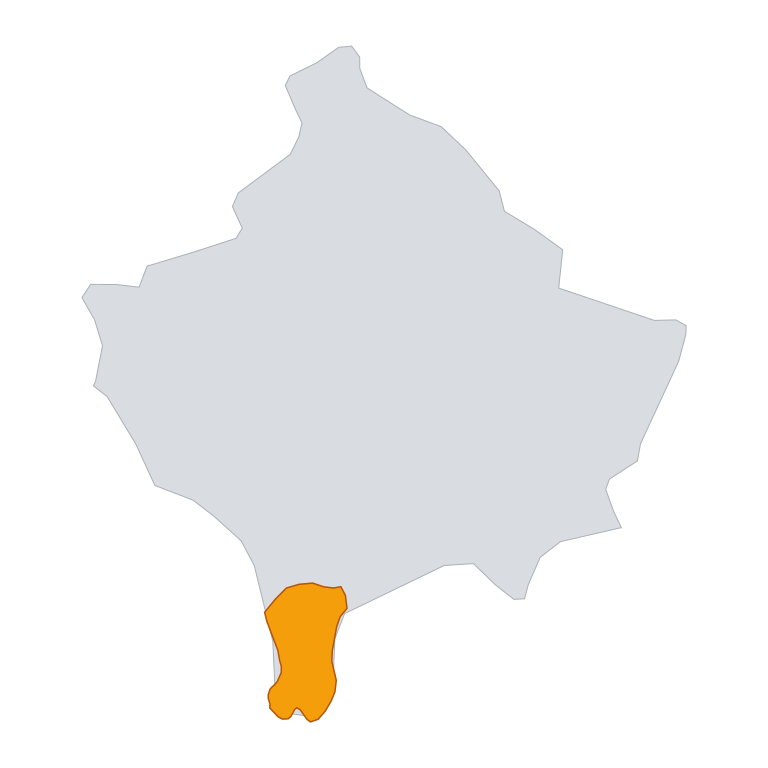 location of Dragaš within Kosovo
{"feature_id": "KOS-5909", "entity_name": "Dragaš", "entity_type": "District", "adm_level": 1, "iso_a3": "XKX", "parent_name": "Kosovo", "parent_adm1": "", "projection": "albers", "projection_center": [20.657, 41.99], "detail": "fine", "context": "in_parent", "style": "filled", "palette": "amber", "viewbox_px": 768, "rotation_deg": 0, "n_neighbors": 0, "source": "natural_earth", "source_scale": "10m", "svg_char_len": 1584}
<svg xmlns="http://www.w3.org/2000/svg" viewBox="0 0 768 768"><path d="M192.4,252.5L236.0,238.3L242.3,228.2L232.4,206.5L238.3,192.9L290.3,154.3L298.8,136.8L302.0,123.0L295.0,108.4L285.3,85.5L290.0,75.9L316.9,62.7L338.7,47.3L351.6,46.1L359.7,57.1L359.8,68.5L367.0,87.8L383.1,98.2L409.9,115.1L441.1,126.6L465.6,149.7L499.2,190.9L504.4,211.3L534.6,229.5L562.7,249.8L558.7,288.1L654.3,320.4L675.8,319.9L686.1,325.6L685.9,334.3L678.7,361.2L640.5,443.8L637.4,460.9L609.5,479.0L605.7,489.4L613.9,512.0L621.4,527.8L620.9,527.7L560.5,541.6L540.2,557.3L528.3,584.6L524.6,598.8L513.8,599.3L496.0,585.4L473.4,563.6L444.1,565.5L344.6,613.6L334.8,638.8L332.7,693.2L325.9,707.8L315.2,717.2L273.9,711.3L269.5,707.8L274.9,686.9L272.8,641.3L254.3,565.7L241.2,540.9L214.0,516.3L192.9,500.1L154.9,485.5L135.8,444.0L107.2,396.7L93.4,385.8L95.6,381.1L102.5,345.7L94.5,319.7L81.9,297.6L90.7,284.3L117.2,284.6L139.1,287.2L147.1,266.1L192.4,252.5Z" fill="#d9dde1" stroke="#a8b0b8" stroke-width="1"/><path d="M269.8,708.0L270.1,704.5L268.3,698.6L268.2,695.1L269.9,689.4L272.1,686.8L274.6,684.8L277.5,681.1L281.3,672.4L281.3,666.3L279.5,660.1L277.9,650.5L266.8,621.2L264.6,612.3L275.5,599.0L286.4,588.0L299.1,584.3L312.7,583.1L323.6,586.8L333.6,588.0L340.8,586.7L345.4,595.3L347.0,608.4L340.1,616.8L336.6,627.1L332.3,650.6L331.8,661.4L335.3,676.0L336.3,680.5L335.1,690.3L334.9,692.0L331.2,700.9L325.3,711.1L322.1,714.7L318.1,719.3L310.4,721.9L307.0,719.4L300.3,709.9L296.9,707.8L294.7,709.4L290.8,716.6L288.2,718.8L282.4,719.1L278.1,716.8L269.8,708.0Z" fill="#f59e0b" stroke="#b45309" stroke-width="1.5"/></svg>